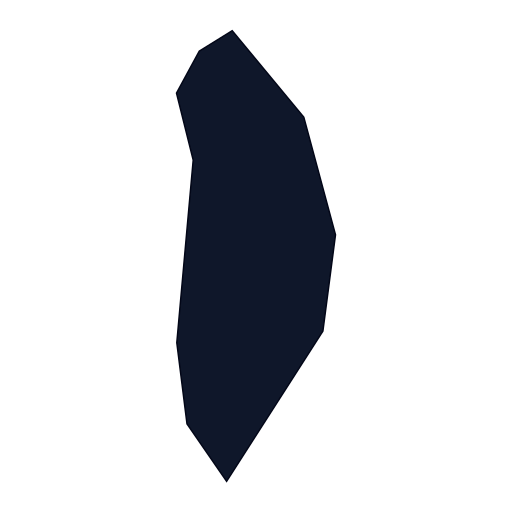 map outline of Blackpool (orthographic projection)
{"feature_id": "GBR-5670", "entity_name": "Blackpool", "entity_type": "Unitary Authority", "adm_level": 1, "iso_a3": "GBR", "parent_name": "United Kingdom", "parent_adm1": "", "projection": "orthographic", "projection_center": [-3.016, 53.839], "detail": "fine", "context": "isolated", "style": "filled", "palette": "ink", "viewbox_px": 512, "rotation_deg": 0, "n_neighbors": 0, "source": "natural_earth", "source_scale": "10m", "svg_char_len": 261}
<svg xmlns="http://www.w3.org/2000/svg" viewBox="0 0 512 512"><path d="M226.6,481.3L187.0,423.9L176.8,342.7L193.2,160.1L176.5,93.1L199.3,51.1L232.2,30.7L303.8,117.2L335.5,234.8L322.9,331.1L226.6,481.3Z" fill="#0f172a" stroke="#020617" stroke-width="1.5"/></svg>